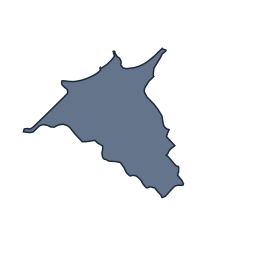 outline of Maldonado, Maldonado, Uruguay, rotated 138°
{"feature_id": "84410073B43409820231729", "entity_name": "Maldonado", "entity_type": "district", "adm_level": 2, "iso_a3": "URY", "parent_name": "Uruguay", "parent_adm1": "Maldonado", "projection": "albers", "projection_center": [-55.013, -34.833], "detail": "fine", "context": "isolated", "style": "filled", "palette": "slate", "viewbox_px": 256, "rotation_deg": 138, "n_neighbors": 0, "source": "geoboundaries", "source_scale": "gbopen_adm2", "svg_char_len": 3995}
<svg xmlns="http://www.w3.org/2000/svg" viewBox="0 0 256 256"><g transform="rotate(138 128 128)"><path d="M49.3,164.3L51.9,164.1L52.4,164.2L53.8,164.1L54.4,164.1L55.1,164.1L55.5,164.1L55.8,164.2L56.1,164.1L56.3,164.0L57.1,163.9L57.4,163.9L57.6,163.9L57.8,163.9L58.0,163.9L60.2,163.9L60.4,163.9L60.6,163.8L60.9,163.8L61.1,163.8L61.4,163.8L61.5,163.9L61.8,163.9L62.0,163.9L62.3,163.9L62.4,164.0L62.7,164.0L63.0,163.9L63.4,163.9L63.6,163.9L64.0,164.0L64.3,164.0L64.6,164.0L64.9,164.0L65.3,164.1L67.8,164.2L70.7,164.5L73.1,165.0L75.2,165.5L76.2,165.8L76.5,165.8L77.0,166.1L77.7,166.3L78.2,166.5L78.6,166.6L81.5,167.9L82.0,168.2L82.6,168.5L83.0,168.7L83.5,169.0L84.5,169.6L85.4,170.3L85.8,170.6L86.9,171.3L87.2,171.6L87.8,171.9L88.2,172.3L88.5,172.4L88.7,172.6L88.9,172.8L89.5,173.3L89.9,173.8L90.1,173.9L90.3,174.2L90.6,174.6L91.4,175.9L91.5,176.8L91.3,177.7L91.3,179.4L90.3,180.7L89.8,180.8L89.5,181.0L89.4,181.3L89.1,181.7L88.8,182.1L88.6,182.2L88.5,182.6L88.4,182.7L88.1,183.3L88.1,184.0L87.7,185.1L87.7,186.3L87.9,186.9L88.2,187.7L88.1,188.0L88.3,188.4L88.0,189.5L87.9,190.0L88.0,190.2L87.8,190.7L87.9,190.8L87.9,191.0L87.7,191.3L87.7,191.5L87.7,191.8L87.6,192.0L87.5,192.3L87.2,192.8L87.3,192.8L87.1,193.0L86.9,193.6L87.0,193.6L87.0,193.9L87.0,194.0L87.0,194.4L87.1,194.5L87.3,194.8L87.6,194.9L87.7,194.7L87.9,194.7L87.9,194.4L88.0,194.3L88.0,194.0L87.9,193.6L88.0,193.5L88.3,193.6L88.5,193.4L88.3,193.3L88.4,193.2L88.5,193.0L88.6,192.7L88.8,192.6L89.0,192.4L89.1,192.2L89.3,191.5L89.5,191.3L89.7,190.9L89.8,190.7L89.9,190.8L90.0,190.7L90.0,190.4L92.7,189.9L95.5,189.5L98.4,189.4L101.2,189.3L104.6,189.7L105.1,189.9L105.7,190.0L106.0,190.0L106.3,190.0L106.9,190.0L107.4,190.2L107.6,190.3L107.8,190.5L108.0,190.7L108.0,190.8L107.9,190.9L107.9,191.2L107.9,191.4L107.9,191.6L108.1,191.6L108.3,191.5L108.5,191.5L108.6,191.4L108.8,191.2L109.0,191.0L109.1,190.8L109.0,190.7L108.9,190.5L109.0,190.3L109.2,190.1L109.4,190.0L109.6,189.8L109.8,189.7L109.9,189.4L110.1,189.4L111.1,189.3L112.3,189.3L112.7,189.3L113.7,189.4L115.3,189.6L116.7,189.8L117.9,190.1L118.9,190.3L119.7,190.5L121.8,191.1L123.6,191.7L125.9,192.6L126.9,193.0L128.1,193.5L129.4,194.1L129.8,194.2L130.2,194.4L130.4,194.5L130.7,194.7L131.1,194.9L131.7,195.2L132.1,195.5L133.0,196.0L134.0,196.6L135.6,197.6L136.1,198.0L136.7,198.5L137.2,198.8L137.7,199.2L138.0,199.4L138.4,199.8L138.7,200.1L139.1,200.5L140.0,201.4L140.2,201.7L140.6,202.0L140.8,202.2L141.0,202.4L141.2,202.7L141.5,203.0L141.7,203.3L142.4,204.0L142.6,204.3L142.9,204.6L143.3,205.0L143.7,205.5L143.8,205.6L144.3,206.1L144.7,206.5L145.1,206.9L145.4,207.2L147.2,206.0L148.1,204.1L148.0,200.7L147.4,198.2L147.9,196.1L149.9,194.1L173.8,193.0L191.0,192.4L197.4,192.1L201.2,192.6L203.1,194.9L205.7,196.7L206.4,196.3L208.3,195.1L203.8,190.1L201.3,188.6L192.1,188.8L188.7,187.3L186.0,183.7L184.7,180.4L182.1,177.9L180.6,177.7L177.6,176.8L173.7,174.2L171.4,170.3L170.9,167.4L171.4,159.1L171.2,148.4L168.3,145.9L160.7,140.8L160.7,137.3L159.6,134.1L158.9,131.6L161.3,128.9L164.1,126.9L166.3,123.5L166.6,121.6L166.4,120.5L165.5,119.6L164.9,117.5L164.2,116.0L159.7,111.4L156.9,107.7L156.9,106.3L157.5,100.9L158.4,98.3L159.1,95.5L158.8,92.1L158.5,90.9L156.5,89.9L154.5,87.9L153.6,85.2L153.4,82.5L153.4,80.0L154.3,76.4L154.5,73.4L154.4,71.5L153.4,70.4L151.0,69.6L149.9,68.2L149.2,66.8L148.1,65.6L148.4,63.3L148.5,60.1L148.4,56.1L148.9,54.6L149.2,53.5L147.7,52.8L145.6,52.3L143.7,52.5L137.8,53.1L133.6,53.5L131.9,53.4L129.6,52.4L128.4,51.4L127.4,50.4L126.3,49.3L125.1,48.8L124.1,49.4L123.1,52.9L122.7,59.8L119.6,61.7L116.5,65.0L116.5,66.1L117.7,67.8L117.6,71.9L117.4,76.7L117.4,80.9L118.1,81.9L117.5,82.5L115.9,82.2L112.9,83.6L109.3,83.9L105.0,83.5L105.2,95.8L102.1,97.7L98.5,99.3L99.8,101.4L100.2,105.0L98.5,108.3L94.7,114.3L93.3,121.8L92.8,128.4L93.2,138.6L91.7,144.0L89.2,146.4L81.4,148.8L74.4,149.0L74.4,149.6L72.8,151.5L68.9,155.0L63.0,156.8L56.6,158.7L53.2,160.1L48.7,159.9L47.7,160.3L48.3,161.8L49.3,163.0L49.3,164.3Z" fill="#64748b" stroke="#1e293b" stroke-width="1.5"/></g></svg>